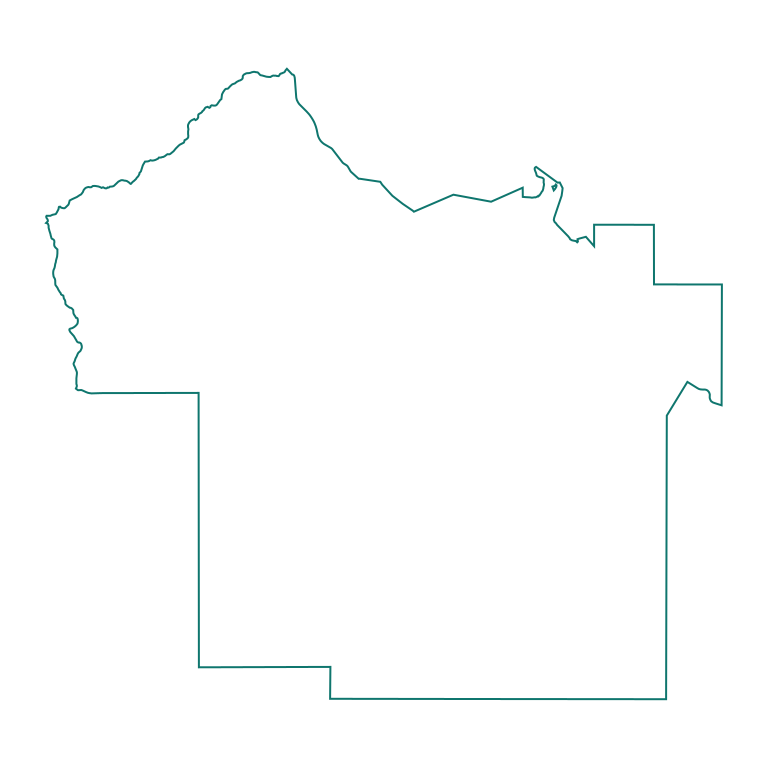 outline of Katherine, Northern Territory, Australia
{"feature_id": "25037944B85754900082747", "entity_name": "Katherine", "entity_type": "district", "adm_level": 2, "iso_a3": "AUS", "parent_name": "Australia", "parent_adm1": "Northern Territory", "projection": "albers", "projection_center": [132.094, -14.65], "detail": "fine", "context": "isolated", "style": "outline", "palette": "teal", "viewbox_px": 768, "rotation_deg": 0, "n_neighbors": 0, "source": "geoboundaries", "source_scale": "gbopen_adm2", "svg_char_len": 5867}
<svg xmlns="http://www.w3.org/2000/svg" viewBox="0 0 768 768"><path d="M294.7,77.5L294.1,75.5L293.2,74.7L292.2,74.5L286.9,68.8L285.5,70.4L284.9,71.6L284.4,72.2L283.1,72.8L282.3,73.0L282.0,73.3L281.5,73.5L280.7,73.6L280.0,74.1L279.3,75.3L279.2,75.5L278.6,76.1L276.8,76.0L276.0,75.7L273.2,75.6L272.5,75.8L271.0,76.6L270.7,76.9L270.4,77.0L268.3,76.9L266.4,76.7L262.2,75.5L260.6,75.2L260.2,75.0L258.0,72.6L257.3,72.3L256.0,72.2L254.7,71.9L253.4,71.9L251.6,72.3L250.5,72.8L249.0,73.1L247.0,73.2L246.1,73.4L244.0,74.5L243.2,75.4L242.8,76.1L242.7,78.0L242.5,78.6L241.7,79.5L241.2,79.8L240.1,80.4L239.0,80.7L236.7,81.9L234.9,83.4L232.6,84.2L231.9,84.6L230.0,86.4L228.2,88.4L227.7,88.7L225.8,88.9L224.9,89.6L223.1,92.2L222.0,94.4L221.4,99.1L220.1,100.1L217.1,104.4L216.3,105.2L215.2,105.6L213.8,105.6L211.7,105.3L210.6,106.0L210.3,107.2L209.4,107.8L208.5,107.4L207.7,106.8L205.8,107.4L205.0,108.1L203.8,110.0L203.1,110.7L202.3,111.3L202.0,112.0L201.1,112.8L199.3,113.8L198.5,114.4L198.3,114.8L198.2,115.4L198.2,117.3L197.7,118.4L197.2,119.0L196.5,119.6L195.5,120.1L194.3,119.0L191.8,120.2L190.6,121.0L189.3,122.4L188.3,124.3L188.0,125.2L188.0,127.0L188.3,128.6L188.4,129.4L188.1,131.3L188.1,134.2L188.3,135.6L188.2,137.3L187.6,138.3L186.2,139.4L184.6,140.2L184.1,142.1L183.7,142.7L179.8,144.7L178.6,145.7L175.8,148.5L173.6,151.2L172.5,152.1L170.3,153.9L169.4,154.3L167.4,154.2L164.6,156.3L163.1,157.0L162.1,157.1L161.1,157.5L158.8,157.6L158.1,158.6L155.5,159.9L153.8,160.4L152.1,160.6L151.1,160.4L150.5,160.2L149.1,161.0L147.9,161.4L145.0,161.6L143.5,164.1L142.8,165.4L142.2,167.3L140.9,171.4L139.4,173.1L139.4,174.1L138.1,176.4L136.8,177.7L136.0,179.0L134.0,180.9L132.8,181.8L132.1,182.5L131.0,183.8L130.7,183.9L130.2,183.6L128.8,182.3L126.8,181.0L125.4,180.7L124.3,180.6L122.8,180.2L121.4,180.2L120.7,180.4L118.4,181.6L114.0,185.8L113.3,186.2L112.1,186.5L109.8,186.7L108.9,187.5L107.9,187.7L107.5,187.5L106.9,188.1L106.5,188.3L105.4,188.3L104.6,188.1L103.2,187.3L102.9,187.3L101.6,187.9L100.3,187.2L98.5,186.5L96.2,186.1L94.8,185.9L92.9,186.0L91.2,187.2L90.0,187.3L88.5,187.0L87.5,187.2L86.3,187.6L85.4,188.1L84.6,188.9L83.7,190.0L82.8,192.2L81.1,194.4L79.6,195.2L76.9,197.0L72.1,199.2L69.7,200.5L68.8,203.8L68.3,204.8L65.3,207.7L64.5,208.2L63.3,208.2L61.9,207.9L60.8,207.4L60.2,206.7L59.1,206.8L58.9,207.0L58.8,207.4L58.5,209.2L56.8,212.5L55.7,214.1L52.5,214.8L50.3,215.8L46.6,215.8L46.2,216.6L46.4,217.7L47.6,219.5L47.9,221.0L47.7,221.4L46.1,223.0L47.5,223.5L47.9,223.8L48.6,225.7L48.6,227.7L49.4,230.8L50.4,233.9L50.7,235.4L51.5,238.2L51.7,238.5L52.0,238.8L52.7,239.1L53.5,239.6L54.1,240.3L54.3,240.9L54.4,242.3L54.2,243.0L54.2,245.2L54.6,246.4L55.4,247.5L57.4,249.4L57.4,253.4L57.1,256.6L56.0,260.6L55.8,262.2L55.2,264.1L54.9,266.2L54.5,267.9L53.5,270.2L53.2,272.0L53.2,273.9L53.6,276.6L54.1,277.5L54.8,278.7L55.2,280.2L55.3,284.1L55.5,285.1L57.4,287.7L58.4,289.8L59.9,292.2L60.7,293.2L61.0,294.3L61.6,294.8L63.3,295.6L63.9,298.6L64.7,299.7L65.3,301.3L65.4,303.4L65.6,304.3L66.9,305.6L68.5,306.8L69.8,307.7L70.7,307.8L71.6,308.3L72.0,308.6L73.2,310.0L73.4,312.9L73.6,313.7L74.6,315.5L75.3,316.4L76.0,317.8L76.9,317.9L77.4,318.3L77.7,319.1L77.9,321.0L77.8,322.0L77.5,323.6L76.2,325.3L74.5,326.8L73.2,327.6L72.3,328.1L70.1,328.7L69.4,329.3L69.4,330.2L69.7,330.9L70.4,332.2L73.9,336.1L76.5,340.6L77.0,341.6L78.3,342.5L79.5,342.5L80.2,342.9L81.0,343.6L81.4,344.5L81.4,344.9L81.8,346.0L81.8,347.5L81.6,348.4L80.5,350.8L80.0,351.3L78.4,352.7L77.6,354.1L76.6,356.5L75.5,358.5L74.5,361.6L74.4,361.7L73.6,363.4L73.6,364.1L74.1,365.6L74.6,366.4L76.7,371.6L76.9,372.4L76.9,373.9L76.4,378.3L76.4,380.4L76.4,383.0L76.4,384.0L76.8,385.2L76.8,386.5L75.9,388.6L77.8,390.1L78.5,390.2L80.0,390.1L81.2,390.0L82.4,390.4L86.1,392.1L87.9,392.8L89.9,393.2L91.0,393.3L91.4,393.4L101.0,393.1L198.6,392.9L198.9,667.3L330.4,666.9L330.1,698.8L467.1,699.0L666.1,699.2L666.8,415.6L687.4,381.9L697.5,388.2L699.0,389.0L700.6,389.4L703.3,389.6L703.8,389.5L705.2,389.6L706.4,389.9L707.5,390.5L708.3,391.3L709.0,392.2L709.5,393.4L709.8,394.5L709.7,397.4L709.8,398.3L710.2,399.5L710.8,400.7L711.2,401.3L713.0,402.5L715.6,403.4L721.6,405.3L721.9,284.5L654.0,284.4L653.9,224.8L594.1,224.7L594.1,246.2L585.9,236.8L579.2,238.6L577.5,239.2L577.9,241.6L577.2,242.3L575.8,241.0L574.3,240.8L572.0,240.3L570.2,239.3L569.6,238.1L568.2,236.3L557.1,224.9L556.0,223.3L554.6,222.0L553.8,220.0L554.2,217.7L561.6,195.8L562.3,191.0L562.6,188.1L559.8,182.5L557.5,182.6L536.1,166.9L535.3,167.4L534.9,167.8L534.7,168.3L534.7,169.4L535.0,170.5L535.9,172.6L536.2,173.5L536.7,175.5L536.9,175.8L537.7,176.3L539.5,177.1L541.3,177.5L542.0,177.7L543.2,178.4L543.5,178.7L543.6,179.0L543.7,179.3L543.8,179.8L543.7,180.1L543.7,180.3L543.7,181.3L543.6,182.4L543.9,183.7L544.0,184.5L543.8,185.9L543.5,187.0L543.3,188.6L542.7,190.6L542.5,190.9L541.8,191.7L541.2,192.8L539.4,195.5L539.0,195.8L538.8,195.8L538.5,195.7L538.4,195.7L538.3,195.8L538.6,195.8L538.4,196.1L538.2,195.9L537.6,196.4L537.6,196.6L536.7,196.8L535.8,197.3L535.4,197.4L534.6,197.3L533.4,197.5L531.9,197.7L530.1,197.4L525.0,197.1L522.8,196.9L522.7,187.7L491.1,201.7L453.4,194.7L413.9,211.7L412.8,210.7L402.8,203.9L392.4,195.8L382.2,184.7L380.3,181.8L359.5,178.7L358.7,178.8L351.3,172.1L350.8,171.6L350.4,171.0L348.1,167.0L347.4,166.0L346.6,165.3L343.7,163.5L343.2,163.1L342.7,162.7L332.5,149.4L332.1,148.9L331.0,148.0L324.2,144.1L322.6,142.9L321.0,141.3L320.4,140.5L319.3,138.8L318.8,137.8L318.3,136.7L318.0,135.7L317.7,134.6L316.7,129.6L315.8,126.4L314.7,123.5L314.0,121.9L313.2,120.4L312.2,118.7L310.9,116.7L309.7,115.0L308.7,113.8L306.6,111.5L299.6,104.5L299.0,103.8L298.4,102.9L297.9,102.1L297.4,101.1L296.9,100.1L296.6,99.0L296.3,97.9L296.2,96.9L294.9,79.5L294.7,77.5ZM553.8,190.4L552.4,186.6L554.4,186.0L554.8,185.7L555.7,184.8L555.8,184.6L556.5,185.3L556.3,185.8L556.4,186.5L556.2,187.1L555.0,189.0L553.8,190.4Z" fill="none" stroke="#0f766e" stroke-width="2"/></svg>